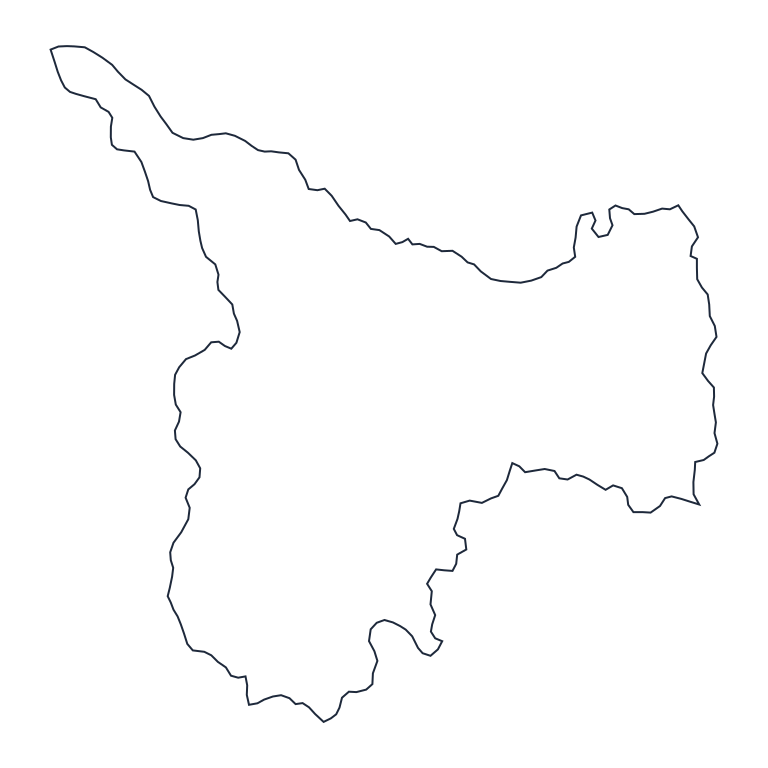 Catuji, Minas Gerais, Brazil
{"feature_id": "56859067B64745138456461", "entity_name": "Catuji", "entity_type": "district", "adm_level": 2, "iso_a3": "BRA", "parent_name": "Brazil", "parent_adm1": "Minas Gerais", "projection": "natural_earth1", "projection_center": [-41.505, -17.366], "detail": "fine", "context": "isolated", "style": "outline", "palette": "slate", "viewbox_px": 768, "rotation_deg": 0, "n_neighbors": 0, "source": "geoboundaries", "source_scale": "gbopen_adm2", "svg_char_len": 3762}
<svg xmlns="http://www.w3.org/2000/svg" viewBox="0 0 768 768"><path d="M50.6,49.6L54.7,62.1L57.7,71.7L61.1,80.4L64.8,87.5L70.0,91.9L76.0,93.9L84.2,96.2L95.7,99.2L100.7,107.4L108.6,111.9L112.3,117.8L110.9,126.6L110.8,137.3L111.9,144.8L117.0,149.3L124.0,150.4L134.5,151.6L141.4,162.0L144.9,171.6L148.1,181.1L150.1,189.8L153.1,197.1L160.9,201.0L171.7,203.4L179.6,205.0L188.7,205.8L195.7,209.5L197.8,220.2L198.8,231.4L200.4,240.8L202.1,248.0L206.0,256.8L215.3,264.4L218.5,274.7L217.4,282.0L218.4,289.9L224.8,296.5L232.3,304.5L233.9,313.6L237.1,320.9L239.7,332.1L236.4,342.8L231.3,348.7L224.9,346.0L218.8,341.7L211.2,342.3L204.7,349.9L195.0,355.5L186.0,359.1L179.2,367.2L175.1,374.8L174.2,383.9L174.1,394.9L175.8,404.6L180.6,412.2L179.0,421.6L174.9,430.5L175.6,439.2L180.2,446.5L187.9,452.7L195.8,460.3L200.2,468.3L199.5,477.3L194.5,484.2L188.3,489.4L185.6,497.7L189.7,507.8L188.3,519.2L181.2,532.3L173.5,542.7L170.2,552.3L170.8,560.2L173.2,567.8L172.1,576.7L169.8,587.8L167.7,596.2L170.8,602.6L173.5,609.7L177.6,616.4L180.8,624.3L184.0,633.5L187.3,643.9L192.8,650.4L204.3,651.8L211.3,655.3L217.9,661.9L225.9,667.4L231.0,675.7L238.2,677.7L245.5,676.4L247.2,685.3L246.8,694.9L249.0,704.8L257.4,703.3L264.1,699.6L272.9,696.5L281.1,695.2L289.5,698.2L295.6,704.1L302.6,703.1L309.0,707.3L315.1,714.0L323.6,721.9L330.8,718.4L336.2,714.3L339.5,707.6L342.0,697.7L348.9,691.7L356.4,692.1L366.2,689.6L372.4,684.1L372.9,673.3L377.4,660.9L374.4,651.2L369.0,641.1L370.7,629.3L376.7,622.8L384.4,620.0L392.9,622.4L400.0,626.0L405.7,629.6L412.2,636.3L418.0,647.9L422.6,653.2L430.5,655.8L437.9,649.4L442.2,641.2L435.2,638.3L430.9,631.6L432.2,624.3L435.2,615.1L430.5,604.4L431.8,591.2L427.1,583.8L430.7,577.7L436.1,569.4L444.3,570.3L452.5,570.9L456.2,563.8L457.2,554.6L466.3,549.5L465.0,538.8L457.1,535.2L453.8,528.9L457.5,518.9L459.2,511.3L460.5,503.3L469.7,500.6L481.9,502.9L491.0,498.4L498.3,495.8L502.1,488.7L506.9,480.1L509.9,470.4L512.3,463.1L519.3,466.3L525.1,472.2L535.9,470.4L544.7,469.0L554.5,471.0L559.3,478.3L567.6,479.5L576.5,474.7L583.3,476.6L589.4,479.5L597.5,484.9L605.6,489.8L613.1,485.4L621.9,488.2L627.2,496.9L628.2,504.8L633.4,512.1L642.2,512.1L650.6,512.6L660.0,506.0L665.1,498.1L671.6,496.4L681.3,498.9L690.1,501.7L699.2,504.5L693.6,494.3L693.4,482.1L694.8,469.9L695.2,462.0L703.7,460.0L709.0,456.2L714.4,452.7L717.4,443.7L714.5,433.1L715.9,422.4L714.5,414.0L713.1,405.0L714.1,396.6L713.9,387.5L708.1,381.0L702.3,373.1L704.4,362.3L706.1,353.5L710.7,345.3L716.5,336.9L714.8,326.0L709.8,316.1L709.2,304.5L707.7,294.5L701.9,287.5L697.2,279.2L696.9,267.8L696.9,258.8L690.6,256.0L691.9,246.4L698.0,237.3L694.2,226.4L688.5,219.3L682.3,211.3L678.3,205.3L669.9,209.3L662.1,208.6L653.0,211.7L644.5,213.8L634.3,214.1L628.7,209.3L622.2,208.1L615.5,205.5L609.3,209.5L610.0,218.2L612.5,225.3L607.7,234.9L598.5,237.0L591.8,228.6L595.5,220.5L592.2,212.6L581.0,215.4L576.6,226.6L575.6,237.6L573.8,247.5L575.2,256.8L568.8,261.9L562.6,263.5L556.3,267.8L547.5,270.6L541.3,277.1L531.3,280.6L520.7,282.7L509.5,281.8L500.5,281.0L491.0,279.0L480.8,271.4L474.1,264.4L467.6,262.4L461.6,256.7L452.5,250.8L441.7,251.2L433.8,246.9L427.1,246.7L419.7,243.9L412.4,244.4L408.1,238.8L402.4,242.1L395.7,243.9L389.2,236.5L379.4,230.1L370.9,228.9L365.8,222.5L357.5,219.3L350.0,221.0L345.5,214.5L338.5,205.8L331.7,195.8L324.7,188.7L317.4,190.2L308.7,189.0L305.3,179.8L299.0,169.9L295.6,159.7L288.4,153.3L279.0,152.4L271.2,151.3L264.7,151.6L258.0,150.1L251.8,146.0L245.1,140.9L234.9,135.8L225.8,133.3L219.1,134.1L211.4,134.8L202.9,138.1L193.3,139.7L183.2,138.1L172.5,132.8L166.3,124.1L160.6,116.5L154.4,106.6L149.0,95.9L141.6,89.8L133.6,84.7L125.4,79.4L117.9,71.7L112.2,64.9L102.4,57.7L93.3,52.0L84.8,47.3L74.4,46.4L66.9,46.1L58.5,46.5L50.6,49.6Z" fill="none" stroke="#1e293b" stroke-width="2"/></svg>